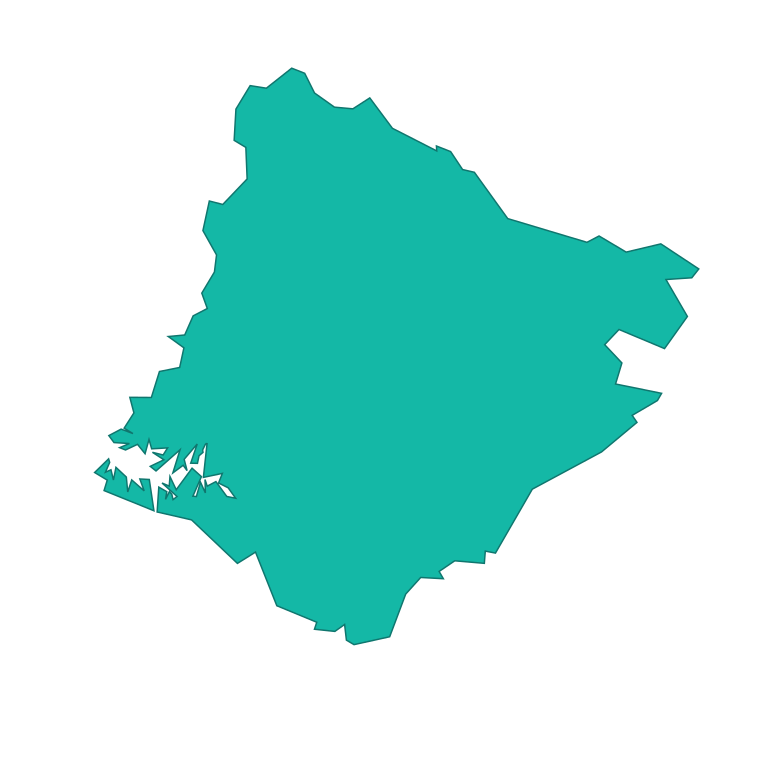 the district of Sragen, Jawa Tengah, Indonesia, rotated 296°
{"feature_id": "22746128B28263166501815", "entity_name": "Sragen", "entity_type": "district", "adm_level": 2, "iso_a3": "IDN", "parent_name": "Indonesia", "parent_adm1": "Jawa Tengah", "projection": "equal_earth", "projection_center": [110.906, -7.392], "detail": "medium", "context": "isolated", "style": "filled", "palette": "teal", "viewbox_px": 768, "rotation_deg": 296, "n_neighbors": 0, "source": "geoboundaries", "source_scale": "gbopen_adm2", "svg_char_len": 1972}
<svg xmlns="http://www.w3.org/2000/svg" viewBox="0 0 768 768"><g transform="rotate(296 384 384)"><path d="M159.3,499.9L204.7,495.6L226.2,501.8L235.0,522.7L239.7,515.7L256.1,525.1L266.8,552.8L278.2,548.3L280.9,558.3L354.5,563.4L418.3,609.3L460.4,628.2L464.6,620.8L489.0,637.0L497.3,637.6L485.5,592.1L507.2,588.6L516.1,565.1L536.0,571.3L538.8,620.6L577.7,627.1L601.5,591.6L614.4,614.1L625.4,616.5L631.3,571.4L608.7,543.8L611.3,512.4L600.3,504.3L586.9,422.7L613.9,372.4L611.2,360.6L622.1,342.0L620.9,326.8L616.6,329.2L617.5,279.5L634.9,245.8L617.7,235.4L611.1,218.1L615.1,194.0L628.5,176.5L627.4,162.6L598.3,148.6L593.5,132.9L566.2,130.4L537.3,142.5L536.1,156.1L508.3,171.1L474.7,160.4L471.9,146.8L442.5,154.0L426.6,176.9L410.3,182.5L385.8,180.4L374.4,192.1L361.6,182.6L340.7,183.4L332.1,169.3L328.8,188.3L309.3,193.1L296.8,176.7L269.9,180.8L260.6,161.4L248.4,171.9L230.4,169.8L229.4,180.1L228.2,167.5L217.0,159.3L213.0,167.0L218.9,181.3L210.9,174.3L211.4,180.6L221.7,188.9L216.6,199.8L231.1,197.1L223.9,203.6L231.7,217.5L223.4,216.6L221.1,205.8L219.4,219.4L207.5,210.0L205.9,217.2L235.5,229.5L211.5,233.2L222.9,239.1L219.8,245.0L228.7,237.4L248.2,242.4L228.1,245.0L230.9,251.1L238.4,249.2L243.2,251.3L245.2,249.9L251.4,249.9L252.5,250.3L252.8,251.1L220.9,262.6L232.8,277.9L222.5,278.7L222.4,289.4L216.3,300.7L214.0,292.0L222.6,275.7L214.7,269.9L219.7,265.0L207.8,271.2L215.3,262.1L200.6,264.7L199.4,261.4L220.7,260.5L224.2,248.4L197.9,243.6L207.0,232.2L198.1,235.7L197.7,227.9L192.2,247.3L187.6,245.1L191.9,241.6L193.1,238.3L184.5,238.2L192.0,236.0L192.6,226.8L169.5,236.2L177.5,270.6L158.5,330.9L176.6,342.2L137.7,384.9L140.4,428.0L133.1,429.0L140.1,448.3L150.6,454.0L137.3,462.5L136.6,471.3L159.3,499.9ZM169.2,232.8L195.3,214.9L191.6,206.2L182.8,215.3L187.2,199.3L174.6,201.0L187.4,193.2L191.6,179.6L179.1,182.9L187.2,176.2L182.6,172.3L193.3,171.8L196.0,169.3L177.6,162.7L176.3,177.4L165.5,179.1L169.2,232.8Z" fill="#14b8a6" stroke="#0f766e" stroke-width="1.5"/></g></svg>